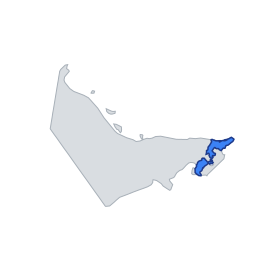 Ras Al Khaymah on a map of United Arab Emirates (Mercator projection), rotated 47°
{"feature_id": "ARE-338", "entity_name": "Ras Al Khaymah", "entity_type": "Emirate", "adm_level": 1, "iso_a3": "ARE", "parent_name": "United Arab Emirates", "parent_adm1": "", "projection": "mercator", "projection_center": [56.062, 25.448], "detail": "fine", "context": "in_parent", "style": "filled", "palette": "blue", "viewbox_px": 256, "rotation_deg": 47, "n_neighbors": 0, "source": "natural_earth", "source_scale": "10m", "svg_char_len": 5225}
<svg xmlns="http://www.w3.org/2000/svg" viewBox="0 0 256 256"><g transform="rotate(47 128 128)"><path d="M213.5,75.5L215.9,78.8L216.3,101.3L216.8,102.9L215.6,103.1L214.1,104.8L212.4,107.4L210.1,108.8L208.2,110.3L206.5,112.2L204.9,112.6L202.8,110.2L201.4,107.8L201.8,107.2L202.8,107.1L203.2,105.8L202.6,103.9L201.2,103.2L199.4,103.2L197.8,104.0L196.0,105.6L195.0,107.4L194.9,110.9L195.3,114.9L195.3,116.8L194.3,119.2L194.0,122.7L194.7,125.4L195.3,127.0L195.4,128.4L193.7,132.7L195.2,133.6L199.9,133.9L201.3,136.8L202.3,138.8L202.0,140.0L198.6,140.9L194.4,141.9L191.4,141.6L185.9,142.9L182.9,144.9L183.8,146.2L184.8,147.2L185.3,149.8L184.4,153.6L182.9,157.3L180.9,161.9L178.7,167.2L175.6,175.1L173.0,181.4L172.8,185.8L172.8,188.8L172.5,194.6L170.1,197.8L169.5,197.9L166.6,197.5L165.6,197.4L162.8,197.0L158.5,196.4L152.9,195.7L146.2,194.8L138.8,193.8L130.8,192.8L122.6,191.7L114.4,190.6L106.5,189.5L99.0,188.6L92.4,187.7L86.7,186.9L82.4,186.4L79.6,186.0L78.6,185.9L75.5,185.4L73.9,183.3L71.8,180.6L69.8,178.0L67.8,175.4L65.7,172.8L63.7,170.1L61.7,167.5L59.7,164.9L57.6,162.2L55.6,159.6L53.6,157.0L51.5,154.3L49.5,151.7L47.5,149.1L45.5,146.4L43.4,143.8L41.4,141.1L40.0,139.4L39.3,137.4L39.2,132.1L39.2,131.0L40.5,128.9L41.2,130.4L42.7,132.4L45.3,131.9L46.5,132.3L47.4,139.5L49.3,142.1L51.6,143.1L59.4,143.7L64.3,142.7L73.9,138.0L79.0,136.3L92.9,136.6L104.1,138.6L121.5,139.7L124.9,139.4L134.3,135.6L140.0,132.3L143.4,131.3L145.7,128.1L147.2,123.8L148.5,121.1L150.2,119.8L151.8,117.4L153.1,113.6L156.3,109.7L169.3,100.3L176.9,92.4L177.5,89.8L181.7,86.0L184.9,81.7L200.4,69.6L203.5,64.6L205.3,59.0L205.5,58.6L206.8,58.4L208.7,59.2L208.9,63.4L208.2,67.4L208.1,71.6L207.9,73.9L209.3,75.7L211.7,76.5L212.8,76.4L213.5,75.5ZM212.9,92.4L213.2,90.7L212.8,89.8L211.2,89.7L210.5,91.2L210.3,93.3L211.4,93.5L212.9,92.4ZM126.1,135.4L126.2,136.8L122.4,136.4L121.4,137.1L118.3,136.7L115.3,135.7L117.4,134.0L122.7,132.1L124.9,133.9L126.1,135.4ZM104.2,132.1L101.5,132.3L99.0,130.8L104.2,128.7L105.6,127.8L107.1,125.9L108.4,127.5L107.0,130.1L106.0,131.2L104.2,132.1ZM146.0,124.6L145.6,125.4L144.6,125.4L142.0,124.6L141.1,123.5L142.8,122.1L143.5,122.1L144.5,123.5L146.0,124.6ZM77.8,130.9L77.2,131.2L76.5,129.0L76.6,128.3L78.3,127.3L79.3,129.1L77.8,130.9Z" fill="#d9dde1" stroke="#a8b0b8" stroke-width="1"/><path d="M208.1,58.1L208.5,58.2L209.1,59.7L209.3,60.6L209.2,61.3L209.0,62.6L208.8,66.2L208.6,66.8L207.9,67.8L207.7,68.4L207.9,69.1L208.7,70.3L208.9,70.8L208.6,71.3L208.1,71.7L207.7,72.1L207.7,72.8L207.9,74.7L208.1,75.2L207.7,75.5L206.1,76.0L205.6,76.0L205.3,75.9L205.1,75.9L204.9,75.9L204.7,76.0L204.3,76.4L203.4,77.4L202.9,77.6L202.6,77.7L202.4,77.7L202.1,77.6L201.7,77.7L201.4,77.9L201.3,78.2L201.3,78.5L201.5,79.4L201.5,79.7L201.8,81.0L201.9,81.7L201.9,81.8L202.0,81.9L202.1,82.0L202.5,82.1L202.8,82.2L203.0,82.2L204.1,82.1L204.9,82.2L205.1,82.1L205.3,82.0L205.8,81.6L206.1,81.6L206.4,81.6L206.6,81.8L207.1,82.5L207.3,83.0L207.2,83.4L206.9,83.8L206.1,84.8L205.9,84.9L205.9,85.0L206.0,85.1L206.1,85.3L206.2,85.6L206.3,85.7L206.5,85.7L206.8,85.7L207.1,85.6L207.3,85.8L207.5,86.0L207.6,86.9L207.5,87.2L207.3,87.3L207.1,87.3L206.9,87.4L206.6,87.7L206.4,87.9L206.1,88.0L205.8,88.1L205.4,88.1L203.6,87.5L203.3,87.4L203.2,87.2L203.0,86.9L202.9,86.7L202.6,86.5L201.8,86.2L201.6,86.2L201.3,86.4L201.2,86.7L201.0,87.7L200.5,88.8L199.9,87.9L199.1,86.9L198.1,86.0L198.1,85.6L198.2,85.3L198.4,85.0L198.4,84.6L198.2,84.2L196.8,82.7L196.6,82.2L196.4,81.8L196.4,81.7L196.4,81.3L196.4,80.6L196.2,79.8L195.2,76.5L195.0,76.2L194.8,76.0L194.4,75.9L194.1,75.9L193.2,75.1L193.7,74.3L194.1,74.0L194.4,73.9L194.9,73.8L195.3,73.6L195.5,73.3L195.6,73.2L196.7,72.9L198.0,71.8L200.1,69.3L201.1,68.4L200.8,68.8L200.6,69.6L200.2,70.3L200.4,70.6L200.6,70.6L200.8,70.5L200.9,69.9L201.2,68.7L201.3,68.0L201.5,67.6L203.1,66.1L203.4,65.7L203.7,65.2L203.9,64.7L204.1,63.9L203.8,63.9L203.7,64.3L203.4,64.6L203.2,64.9L202.8,65.0L203.8,63.4L204.6,61.6L205.2,59.0L205.4,58.7L206.2,58.6L208.1,58.1ZM211.2,89.3L211.2,90.0L211.3,90.4L211.6,90.7L211.2,91.1L210.2,91.6L210.1,92.6L210.2,92.8L209.7,93.0L208.7,93.1L208.4,93.2L208.4,93.5L208.6,94.4L208.6,94.8L208.6,95.3L208.2,97.9L208.2,98.3L208.2,98.7L208.3,99.0L208.4,99.3L208.6,99.9L208.2,100.1L208.1,100.3L208.2,100.6L208.9,101.8L209.4,102.9L209.5,103.4L209.5,103.7L209.4,104.0L209.3,104.4L209.2,105.2L209.4,105.6L209.7,105.9L210.1,106.1L211.9,106.3L212.5,106.8L212.7,107.2L211.4,108.4L210.8,108.8L209.4,108.9L208.9,109.2L206.4,109.3L204.4,107.5L203.5,106.8L203.2,105.0L202.7,103.8L201.7,103.2L201.7,102.8L201.5,101.9L200.8,100.7L200.7,100.3L200.6,99.6L200.6,99.1L200.7,98.6L201.5,96.6L201.8,96.3L201.8,96.1L201.6,95.8L201.4,95.5L201.0,95.0L200.8,94.8L200.8,94.6L200.8,94.4L201.1,93.8L201.6,93.4L202.0,92.9L203.4,92.9L204.0,93.1L204.4,93.1L204.7,93.0L205.1,92.9L205.4,92.9L206.6,93.1L206.9,93.1L207.2,93.0L207.3,92.8L207.4,92.7L207.6,92.5L207.7,92.4L207.8,92.2L207.7,91.8L207.8,91.5L207.9,91.2L208.5,90.8L208.8,90.6L209.0,90.4L209.2,90.1L209.1,89.9L208.6,90.0L208.5,89.9L208.3,89.9L208.2,89.9L208.0,89.6L207.8,89.5L207.6,89.5L207.4,89.5L207.3,89.4L207.3,89.2L207.8,88.7L208.1,88.5L208.4,88.4L208.5,88.4L209.7,88.7L209.8,88.8L209.8,89.0L209.8,89.3L210.1,89.5L211.2,89.3Z" fill="#3b82f6" stroke="#1e3a8a" stroke-width="1.5"/></g></svg>